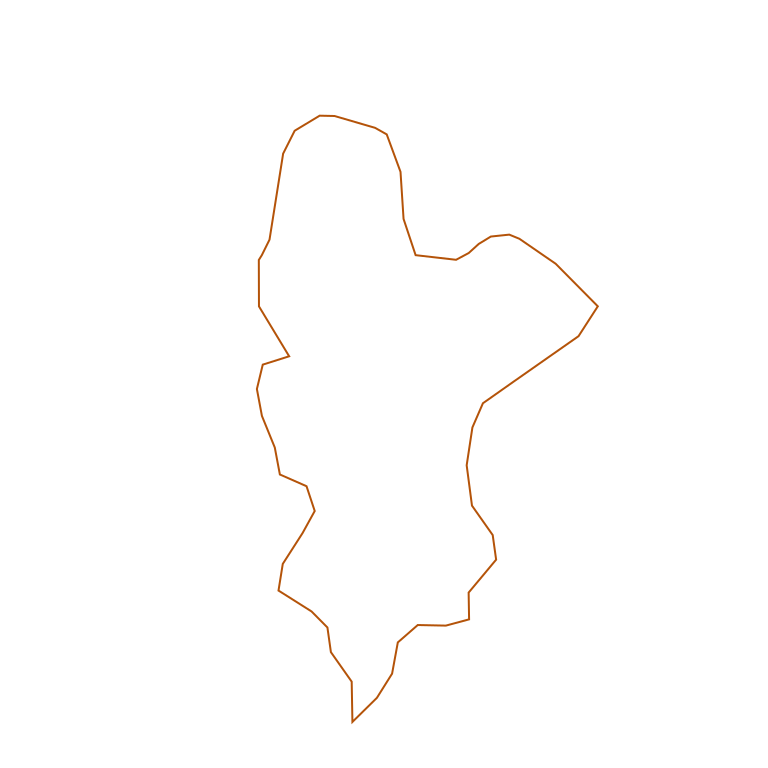 SVG path tracing the border of Peć, rotated 55°
{"feature_id": "KOS-5886", "entity_name": "Peć", "entity_type": "District", "adm_level": 1, "iso_a3": "XKX", "parent_name": "Kosovo", "parent_adm1": "", "projection": "orthographic", "projection_center": [20.272, 42.674], "detail": "fine", "context": "isolated", "style": "outline", "palette": "amber", "viewbox_px": 768, "rotation_deg": 55, "n_neighbors": 0, "source": "natural_earth", "source_scale": "10m", "svg_char_len": 837}
<svg xmlns="http://www.w3.org/2000/svg" viewBox="0 0 768 768"><g transform="rotate(55 384 384)"><path d="M296.6,284.2L323.6,253.7L325.3,239.5L323.6,226.1L324.5,211.9L333.5,195.7L342.7,189.8L384.0,174.4L443.0,164.3L456.4,197.2L456.4,234.8L456.4,276.3L456.5,314.0L470.3,336.5L498.0,362.9L534.1,381.7L570.1,381.6L592.2,392.9L603.4,434.3L625.6,449.3L617.4,471.9L600.8,494.6L603.6,520.9L625.9,543.5L637.0,569.8L642.7,603.7L609.3,581.2L573.2,581.3L551.0,570.0L528.8,573.8L492.7,588.9L473.3,570.1L459.4,536.2L448.3,513.6L423.3,506.1L398.4,521.2L373.4,509.9L340.1,502.3L315.2,491.0L298.6,472.2L306.9,445.8L248.7,441.9L210.6,415.4L208.4,410.2L200.1,395.0L138.5,335.5L137.5,334.6L125.3,311.9L127.3,282.8L136.1,270.8L158.8,252.6L169.0,244.4L181.1,238.6L219.7,248.8L260.0,273.3L296.6,284.2Z" fill="none" stroke="#b45309" stroke-width="2"/></g></svg>